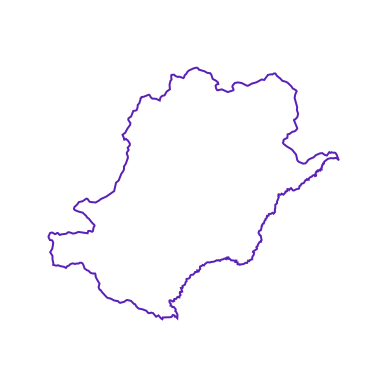 San Agustín, Huila, Colombia (Albers equal-area conic projection), rotated 80°
{"feature_id": "7082276B97741553625130", "entity_name": "San Agustín", "entity_type": "district", "adm_level": 2, "iso_a3": "COL", "parent_name": "Colombia", "parent_adm1": "Huila", "projection": "albers", "projection_center": [-76.402, 1.927], "detail": "fine", "context": "isolated", "style": "outline", "palette": "violet", "viewbox_px": 384, "rotation_deg": 80, "n_neighbors": 0, "source": "geoboundaries", "source_scale": "gbopen_adm2", "svg_char_len": 5965}
<svg xmlns="http://www.w3.org/2000/svg" viewBox="0 0 384 384"><g transform="rotate(80 192 192)"><path d="M186.4,41.9L180.3,43.1L178.4,44.0L178.0,44.7L177.8,46.4L177.1,47.7L177.5,48.8L176.6,49.8L179.5,52.9L178.5,54.8L176.3,57.0L176.2,59.3L177.0,62.7L177.4,64.0L178.9,66.0L180.0,70.6L180.8,72.2L182.8,74.2L183.5,75.5L183.4,77.5L181.1,81.2L179.9,82.4L178.6,82.8L173.3,83.0L167.5,86.2L163.5,90.8L160.6,93.4L159.3,93.9L158.0,93.1L156.9,92.9L156.3,92.3L155.2,88.7L151.8,87.8L151.7,85.9L150.1,82.6L150.1,80.7L149.8,79.7L148.0,77.4L147.3,77.3L139.0,79.1L138.5,78.8L138.3,77.6L136.6,75.3L133.3,73.9L129.5,74.5L126.8,73.7L117.2,74.6L113.9,73.4L110.9,71.4L109.5,72.3L107.4,74.9L105.2,75.8L101.0,78.8L99.7,80.5L98.2,83.7L95.6,85.3L92.5,88.1L89.8,89.3L89.5,90.8L90.2,92.3L89.8,93.8L89.9,96.9L94.2,101.4L93.3,103.9L95.2,109.6L95.6,114.1L97.1,118.5L96.7,119.6L93.3,124.2L92.0,127.9L92.1,130.9L94.0,133.3L95.4,134.0L97.8,133.3L99.0,133.6L99.8,139.4L96.1,144.8L96.3,149.0L96.0,149.6L94.1,150.3L91.4,150.3L90.4,149.1L90.3,147.4L88.6,147.4L86.5,149.1L84.2,152.0L79.9,152.6L78.2,153.4L77.3,156.3L75.3,158.7L72.7,164.0L71.8,164.2L70.5,165.4L70.3,166.5L70.5,168.8L71.8,174.0L73.2,176.0L74.7,177.1L75.7,178.9L77.7,179.9L78.3,180.7L76.2,184.5L76.2,186.1L75.0,188.0L73.4,189.3L73.1,191.2L73.3,192.1L75.9,192.6L77.7,192.6L78.8,193.9L82.5,195.5L87.0,195.9L88.7,199.5L92.0,202.2L92.2,204.7L93.4,206.6L96.3,207.9L94.0,211.2L93.1,214.9L91.6,216.1L89.1,217.0L88.7,217.7L89.8,222.9L89.7,225.2L90.5,225.5L90.9,226.5L91.8,226.6L95.5,228.5L96.8,230.3L99.5,231.0L101.6,232.2L102.0,233.1L102.0,235.7L107.1,238.9L108.4,241.7L109.1,242.1L110.3,242.1L113.3,240.7L115.1,241.2L118.4,244.6L122.0,247.4L123.6,250.5L127.0,249.7L128.7,249.7L128.8,249.2L128.2,247.9L130.5,246.0L133.6,244.8L135.1,245.1L137.3,247.7L139.6,247.1L141.8,249.3L143.5,249.6L145.2,249.0L147.2,249.2L152.7,252.3L155.1,254.6L157.4,254.9L159.3,255.9L162.0,258.6L167.8,262.1L169.7,265.2L177.6,268.5L181.7,277.4L183.1,283.0L184.3,285.1L185.6,288.7L184.1,294.1L183.4,294.8L180.6,296.1L180.2,297.2L182.1,301.4L182.3,305.2L184.2,307.0L186.4,310.4L188.0,311.2L189.3,310.7L191.5,307.3L193.4,303.2L197.1,300.4L199.2,299.5L200.2,298.3L204.9,295.8L207.3,294.0L208.3,293.8L209.7,295.0L213.3,296.4L213.8,297.4L212.6,299.2L212.4,300.9L214.5,302.0L211.6,310.8L212.3,314.0L212.3,316.4L210.6,319.3L210.1,320.8L211.3,323.3L211.0,328.2L211.4,329.4L211.3,329.8L209.0,331.3L209.0,332.1L209.7,333.6L209.7,334.2L207.6,336.8L207.7,338.8L210.6,340.9L211.7,341.1L214.6,340.3L215.3,338.2L216.0,337.8L218.1,337.5L223.5,339.4L226.7,342.1L230.6,340.5L234.5,341.1L238.3,340.9L239.6,341.4L241.0,338.5L240.9,336.6L242.2,334.4L243.5,331.0L244.9,329.3L243.4,327.7L242.9,325.5L242.0,324.5L241.7,323.3L241.6,321.7L242.6,319.7L242.4,318.2L242.8,316.0L242.2,314.9L242.4,313.4L243.1,312.4L244.3,311.8L248.8,311.0L250.8,309.0L251.6,307.6L253.8,306.1L255.0,304.1L255.4,301.7L256.7,301.3L258.4,301.6L260.6,301.1L266.2,299.0L269.5,300.5L270.3,300.4L272.0,300.0L272.9,298.9L274.5,298.3L281.1,294.1L282.3,292.2L282.5,291.1L285.4,287.3L286.6,283.9L288.0,283.0L288.7,282.0L288.3,277.7L287.1,275.2L287.3,274.0L288.7,270.9L291.9,268.8L292.7,267.5L295.0,266.7L297.5,264.9L298.7,261.6L301.0,257.6L303.7,256.0L303.9,254.2L303.7,253.2L304.5,251.4L308.6,249.0L307.7,246.5L311.4,244.2L312.1,243.3L310.5,242.5L311.6,234.6L311.1,233.2L310.0,232.6L309.8,232.1L310.6,230.6L311.8,230.5L311.9,229.6L313.7,228.4L310.3,227.6L306.8,228.6L306.4,229.1L304.7,228.4L302.1,229.9L301.9,231.4L300.6,231.9L300.2,232.9L298.7,232.3L296.9,233.2L295.3,233.2L294.9,232.9L295.0,231.7L296.5,230.1L296.5,229.0L296.2,228.4L295.4,228.6L294.3,228.0L294.5,226.2L292.8,224.5L293.6,222.7L292.1,222.2L291.4,221.1L289.5,221.6L288.5,221.3L288.3,220.8L288.7,219.7L288.4,218.9L284.7,219.5L285.0,218.2L284.4,217.7L283.0,217.8L282.0,215.0L279.6,213.9L278.9,212.8L276.8,212.6L276.5,209.7L275.8,208.9L274.2,208.3L273.5,207.5L273.6,205.3L272.2,203.4L271.3,202.8L271.6,201.2L270.1,200.5L270.3,200.1L271.4,199.6L271.4,199.2L269.8,198.2L269.1,197.2L267.4,197.3L266.7,196.9L266.5,195.3L265.7,194.2L266.4,192.9L265.0,191.5L263.9,189.3L264.5,186.2L264.2,185.7L264.4,183.2L264.3,181.9L263.5,179.6L263.9,179.1L263.7,177.4L264.4,177.0L264.7,176.2L263.7,175.0L263.7,173.1L263.2,171.7L263.8,170.5L262.9,169.9L262.6,169.0L263.9,168.9L263.0,167.4L264.3,167.2L264.4,166.4L266.1,165.3L266.6,162.9L267.4,161.9L267.0,160.8L267.2,160.3L268.5,161.3L269.2,159.3L271.0,159.7L271.3,159.3L271.3,158.1L272.0,157.5L271.7,156.6L271.9,155.6L271.8,153.4L271.0,151.6L271.4,150.0L269.3,148.6L269.9,147.5L269.0,146.6L268.7,144.4L266.8,144.0L265.8,143.4L264.7,142.2L262.6,141.4L261.7,142.4L261.2,142.2L259.5,138.1L258.7,137.7L257.5,138.2L257.2,138.0L256.5,136.6L255.4,136.3L253.1,134.3L253.0,132.7L252.1,132.8L251.4,131.8L246.9,131.9L246.2,132.9L245.4,132.9L244.4,133.5L243.2,133.4L241.9,132.5L241.7,130.9L238.9,129.6L237.7,129.4L237.4,128.7L236.4,128.6L235.5,127.7L235.5,126.8L232.9,125.5L232.2,124.4L231.3,124.3L230.8,123.3L229.6,122.4L229.1,122.6L228.4,122.2L228.6,120.7L227.0,120.0L227.2,118.0L226.5,116.4L227.5,115.5L226.1,113.7L225.4,113.9L224.4,113.4L223.3,113.4L222.3,112.8L219.1,112.2L217.8,110.2L216.3,110.0L212.1,107.4L211.3,107.7L211.1,107.4L209.8,107.5L209.3,107.1L210.1,105.2L209.2,103.9L210.5,102.5L208.8,100.1L208.3,100.2L207.7,99.6L207.7,98.3L205.7,97.5L206.1,96.5L206.9,96.1L206.1,95.5L206.2,95.0L205.6,94.5L205.4,93.7L207.9,92.4L208.2,91.4L207.4,88.8L207.2,86.0L204.7,85.0L204.5,84.0L202.9,82.7L202.6,80.4L200.1,78.2L200.0,77.2L199.3,76.6L200.2,75.8L200.2,74.9L199.2,74.9L198.1,73.2L197.5,71.0L196.9,70.6L196.6,69.7L196.5,68.3L196.8,68.0L197.7,68.0L197.6,67.1L197.0,66.8L196.5,67.3L195.0,67.1L194.6,66.4L193.7,66.2L193.6,65.2L193.1,65.3L192.6,64.4L193.3,63.8L192.3,62.7L193.1,62.0L192.5,61.4L192.5,60.4L191.6,60.3L191.1,60.7L190.1,59.7L189.3,59.7L189.0,59.3L188.0,59.0L187.7,58.2L186.7,58.0L186.8,57.1L185.2,56.6L183.0,52.6L182.7,49.3L183.6,46.4L183.3,46.0L183.4,44.5L184.8,42.7L186.4,41.9Z" fill="none" stroke="#5b21b6" stroke-width="2"/></g></svg>